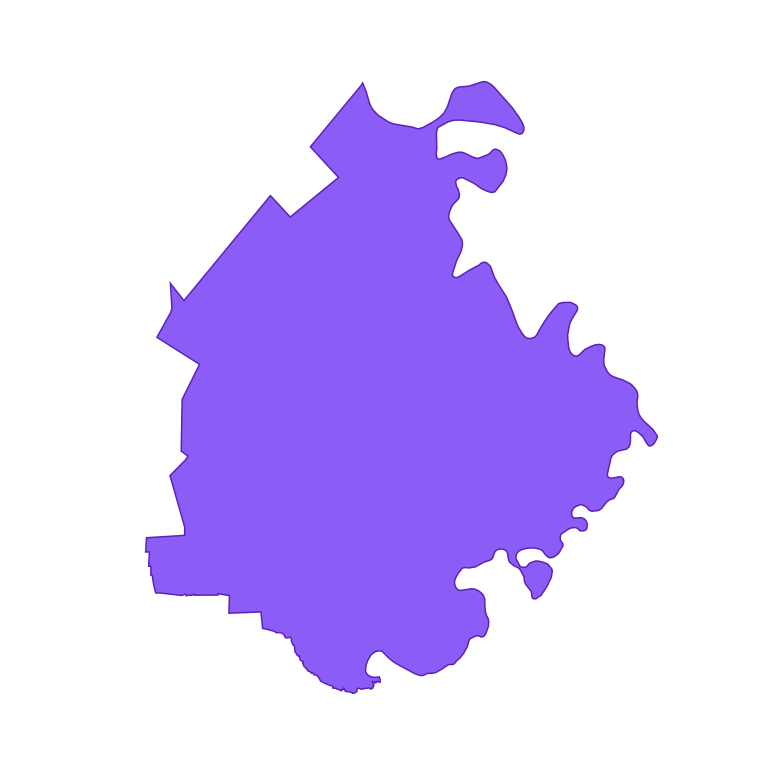 San Vicente Tancuayalab, San Luis Potosí, Mexico, rotated 351°
{"feature_id": "50627088B66323270500820", "entity_name": "San Vicente Tancuayalab", "entity_type": "district", "adm_level": 2, "iso_a3": "MEX", "parent_name": "Mexico", "parent_adm1": "San Luis Potosí", "projection": "albers", "projection_center": [-98.55, 21.813], "detail": "fine", "context": "isolated", "style": "filled", "palette": "violet", "viewbox_px": 768, "rotation_deg": 351, "n_neighbors": 0, "source": "geoboundaries", "source_scale": "gbopen_adm2", "svg_char_len": 6168}
<svg xmlns="http://www.w3.org/2000/svg" viewBox="0 0 768 768"><g transform="rotate(351 384 384)"><path d="M333.6,672.6L329.2,672.3L325.7,671.4L322.7,669.1L321.3,666.9L320.9,664.6L321.8,660.4L322.9,657.6L325.2,653.9L328.3,650.0L330.5,648.4L333.9,647.0L337.7,646.7L340.5,647.9L345.5,655.0L349.9,659.9L353.5,663.0L368.8,674.7L372.8,677.0L375.8,678.0L378.2,677.7L381.7,676.6L386.3,677.3L390.0,677.1L396.7,674.6L403.6,671.3L408.3,671.7L409.6,671.4L411.9,669.2L416.7,666.1L420.8,662.1L425.1,656.6L428.3,649.7L430.3,648.7L435.5,647.2L438.1,647.5L440.3,649.1L442.7,649.0L444.0,648.1L445.6,646.4L448.4,641.3L449.3,639.3L450.3,635.0L450.1,631.7L449.0,628.5L448.5,624.6L448.9,619.0L449.9,612.2L449.1,608.4L447.4,605.6L444.9,603.0L441.4,600.7L438.5,599.9L427.4,599.9L425.6,599.3L424.0,597.7L422.8,595.4L422.5,591.6L423.1,589.1L424.9,586.1L427.9,582.4L432.5,578.2L435.0,577.9L439.4,579.0L445.8,578.9L454.8,575.6L461.5,574.6L463.4,573.5L464.1,572.7L467.1,567.3L468.7,566.0L470.5,565.3L474.0,565.2L476.7,566.3L478.4,567.6L479.4,569.5L479.6,577.6L480.1,579.5L483.6,583.5L488.4,587.1L488.8,587.7L490.1,590.4L492.2,596.8L491.8,600.8L492.6,604.0L497.0,612.0L496.9,617.3L497.4,619.0L498.6,619.7L500.5,619.9L506.1,617.2L513.1,609.7L519.0,601.1L520.9,595.2L520.9,593.2L517.4,587.3L513.1,584.8L508.4,582.9L505.4,582.6L500.9,583.4L499.2,584.2L496.0,587.0L492.7,586.8L490.0,585.7L487.0,577.0L487.6,574.0L488.9,572.0L491.0,570.1L494.0,569.2L498.5,568.6L503.9,568.9L507.6,569.7L513.0,572.0L514.5,573.7L516.9,578.2L519.4,581.0L520.3,581.5L522.6,581.7L524.9,581.3L528.2,579.7L530.8,577.8L535.6,571.6L535.5,569.3L534.1,566.6L533.8,564.7L534.6,560.9L535.8,559.8L543.7,556.1L546.4,555.4L550.9,555.8L552.8,557.1L554.4,559.5L557.3,560.2L559.8,560.0L560.6,559.7L561.8,558.4L562.6,555.3L562.7,553.0L562.4,551.1L560.8,548.6L558.1,546.9L551.0,546.2L549.8,545.3L549.3,544.6L548.9,542.9L549.3,539.7L551.8,536.4L554.1,535.0L559.7,533.8L564.2,536.6L566.6,540.3L568.0,541.5L569.7,542.2L576.0,542.5L579.4,541.0L584.3,536.4L586.7,534.6L589.0,533.6L592.8,532.9L593.9,532.3L599.4,525.0L603.6,521.7L605.3,518.9L605.7,517.3L605.6,515.2L604.6,513.6L603.8,512.9L601.8,512.4L594.7,512.7L592.6,512.3L590.6,510.7L590.4,509.4L590.7,507.5L596.4,493.1L597.6,491.1L598.9,489.8L601.4,488.2L604.8,486.8L613.6,486.2L616.3,484.2L617.4,482.3L618.5,479.0L619.7,471.7L621.3,469.7L623.1,469.2L624.8,469.4L628.0,472.0L631.6,476.9L634.3,483.9L635.8,486.3L636.7,486.8L638.9,486.6L641.4,485.1L644.6,481.2L645.7,479.2L645.7,477.7L642.5,471.0L635.0,461.6L632.1,456.6L631.2,453.9L630.7,451.1L630.6,447.7L630.8,443.4L631.5,439.8L632.7,436.3L632.9,433.3L632.4,430.1L631.2,427.6L628.4,423.4L626.9,422.0L620.6,417.4L613.5,413.8L609.3,411.0L607.3,408.2L606.2,405.9L604.6,400.9L604.4,397.6L604.8,394.4L607.6,384.5L607.8,382.6L607.1,380.9L605.4,379.5L602.5,378.5L598.9,378.4L594.1,379.2L587.6,381.4L581.2,385.9L578.9,386.6L576.1,385.9L574.4,384.0L572.8,381.4L572.1,376.9L572.5,368.9L573.1,364.1L577.0,353.2L579.9,349.1L586.5,341.3L587.2,338.7L587.0,337.8L585.7,335.8L582.1,333.1L579.7,332.3L573.2,331.5L569.1,331.9L560.1,339.4L554.7,344.8L549.3,350.8L542.1,359.9L539.9,361.3L537.6,361.9L534.9,361.8L532.3,361.1L530.3,359.0L528.7,356.4L525.7,349.2L524.7,345.6L521.8,330.4L518.5,317.0L513.0,304.5L509.8,296.1L507.6,284.6L505.0,280.9L502.9,279.6L501.0,279.3L498.5,280.1L496.5,281.4L486.0,285.0L475.3,289.6L473.3,290.2L471.1,290.0L469.2,288.8L468.7,287.1L468.9,285.7L475.5,272.6L478.4,268.8L480.9,264.8L483.1,259.8L483.6,255.8L483.4,253.4L479.6,244.1L474.7,233.4L473.9,230.1L474.7,226.3L476.0,223.5L480.0,217.5L486.3,213.0L487.3,211.6L488.2,208.2L487.7,203.4L486.6,200.4L486.3,195.9L487.3,193.8L490.1,192.5L494.0,192.5L502.6,198.6L506.4,201.8L509.8,205.4L514.0,208.5L519.3,211.4L521.4,211.8L523.7,211.4L533.4,202.3L537.2,196.4L539.0,191.0L539.3,187.9L538.9,181.7L537.1,175.8L535.0,172.0L531.5,169.6L529.9,169.4L528.3,169.9L523.3,173.5L512.5,175.9L509.5,175.0L505.5,172.7L500.1,168.8L497.0,167.2L493.5,166.7L486.6,167.5L482.0,169.0L474.0,170.6L472.8,170.2L471.9,169.1L471.5,167.7L471.7,164.4L473.2,158.4L474.9,144.9L476.6,140.1L477.5,139.0L488.6,135.0L494.6,134.4L500.8,135.3L519.8,140.3L534.2,145.2L543.4,149.7L554.8,157.3L557.3,158.5L558.8,158.4L560.0,157.6L561.3,156.1L562.0,154.5L562.3,152.5L561.9,149.6L560.9,146.1L559.0,141.4L553.7,130.8L539.0,107.8L536.3,104.6L532.2,101.5L530.1,101.0L527.5,101.0L514.7,103.1L504.5,102.4L501.7,102.9L499.9,103.7L496.7,107.2L489.9,120.3L485.6,125.8L479.9,129.8L474.2,132.6L462.6,136.8L457.4,137.3L452.1,134.7L434.6,128.8L429.6,126.1L420.4,117.8L416.5,112.3L414.8,108.9L413.6,104.3L412.1,92.1L410.0,83.3L408.5,85.2L348.4,138.2L371.4,172.9L317.5,204.4L301.3,180.2L199.4,270.4L188.8,251.2L186.4,276.1L184.5,280.0L167.0,302.4L204.9,335.7L182.2,367.7L173.2,418.6L179.1,424.6L176.1,427.9L158.3,441.0L164.8,494.4L163.3,502.3L125.4,498.7L122.3,512.6L126.0,513.2L123.1,527.2L125.2,527.6L123.8,536.5L125.6,536.7L125.2,536.8L125.1,545.8L125.8,554.7L130.2,555.4L151.2,561.2L155.2,560.4L155.4,562.2L159.9,562.1L159.9,562.5L163.7,562.1L163.6,562.9L187.0,566.5L187.2,565.2L198.2,568.8L195.0,586.1L226.8,589.9L225.9,606.5L229.7,607.8L236.3,610.8L239.4,613.1L240.7,612.9L244.0,613.9L245.7,615.7L246.4,617.0L246.5,618.4L247.2,619.3L249.3,619.7L252.1,619.3L252.8,622.2L252.2,623.6L253.3,626.5L253.2,627.1L254.5,628.9L254.2,634.1L255.9,638.4L256.8,638.7L256.9,639.6L257.9,639.3L258.0,643.3L259.1,644.7L259.7,644.8L260.9,645.9L259.9,647.3L260.5,648.1L260.6,649.9L262.7,653.0L263.6,653.6L263.4,654.3L264.2,655.8L265.9,656.4L266.8,658.1L268.8,658.3L269.2,660.0L271.2,661.0L271.9,660.8L273.2,662.9L275.1,667.8L276.1,668.1L276.4,668.8L281.2,672.0L286.3,674.6L286.4,675.4L285.9,676.1L286.2,676.5L288.7,677.0L289.9,678.0L291.7,678.6L292.5,679.5L292.9,679.3L293.9,680.4L294.6,679.9L294.7,679.2L295.7,679.3L296.6,678.2L297.6,681.2L298.2,681.7L303.4,683.3L304.5,684.5L306.3,684.7L309.0,683.6L309.9,680.8L311.6,680.5L313.4,681.7L314.6,682.0L317.2,681.7L322.0,681.9L323.0,683.3L325.3,682.0L325.4,682.4L327.0,680.0L326.2,678.7L326.0,676.6L326.4,676.4L326.3,676.1L327.9,676.8L327.6,677.2L328.0,677.9L329.8,677.6L329.8,677.1L331.3,676.6L332.3,677.6L333.6,677.8L334.0,675.9L333.6,672.6Z" fill="#8b5cf6" stroke="#5b21b6" stroke-width="1.5"/></g></svg>